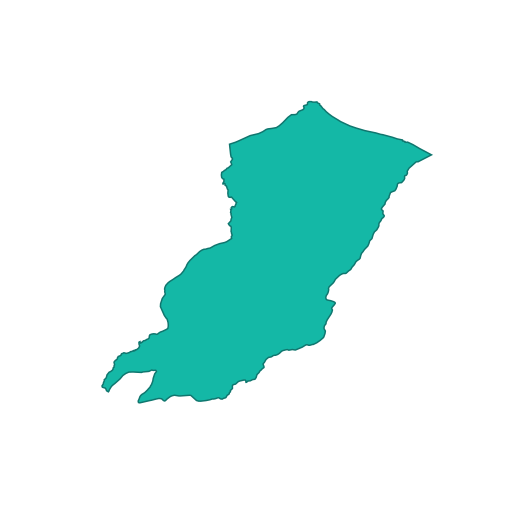 outline of Zumalai, Cova Lima, East Timor, rotated 234°
{"feature_id": "22284137B47375840688188", "entity_name": "Zumalai", "entity_type": "district", "adm_level": 2, "iso_a3": "TLS", "parent_name": "East Timor", "parent_adm1": "Cova Lima", "projection": "equal_earth", "projection_center": [125.45, -9.134], "detail": "fine", "context": "isolated", "style": "filled", "palette": "teal", "viewbox_px": 512, "rotation_deg": 234, "n_neighbors": 0, "source": "geoboundaries", "source_scale": "gbopen_adm2", "svg_char_len": 6077}
<svg xmlns="http://www.w3.org/2000/svg" viewBox="0 0 512 512"><g transform="rotate(234 256 256)"><path d="M232.9,56.7L233.1,57.5L234.0,58.8L234.6,60.2L235.5,62.5L235.8,65.1L235.8,66.6L236.5,73.8L237.6,78.1L237.5,81.8L236.8,84.9L234.5,88.3L229.2,94.8L228.6,96.5L225.6,101.5L225.0,104.7L223.9,105.5L222.6,107.6L222.2,107.8L221.1,107.6L220.2,104.8L217.5,101.0L215.5,99.0L213.5,96.0L212.8,94.2L212.2,93.2L211.8,91.0L211.4,89.5L210.9,86.2L210.9,84.6L211.1,82.3L210.9,80.7L210.4,79.4L208.7,76.9L208.3,76.0L207.7,75.3L206.5,74.8L205.5,75.7L201.8,84.4L200.8,86.6L198.9,91.4L197.8,93.8L196.0,95.7L193.4,96.2L192.3,97.0L192.3,98.2L192.6,100.1L192.7,103.5L192.4,105.5L191.4,108.1L188.0,111.5L187.3,112.5L182.2,120.7L181.4,121.4L174.1,122.9L172.3,124.3L171.1,125.9L168.4,130.7L166.8,134.2L166.0,136.6L165.2,137.7L164.4,139.4L163.8,141.5L163.4,142.3L162.9,142.8L161.3,143.3L160.1,144.5L159.9,146.2L159.3,147.7L159.2,148.5L160.3,150.9L160.1,152.4L160.3,153.4L161.0,154.0L161.2,155.5L162.3,156.3L162.4,158.0L162.8,159.2L164.6,160.4L165.2,161.1L165.2,162.2L164.4,164.2L164.8,167.7L164.5,169.2L162.8,173.2L162.3,173.9L161.8,174.4L160.8,174.4L160.0,173.7L159.6,173.7L159.4,174.3L159.6,175.6L159.2,176.7L158.4,178.0L158.0,180.6L157.0,182.5L157.0,183.1L157.7,184.8L159.5,187.1L159.9,189.8L160.8,192.0L160.7,193.0L161.1,194.9L161.1,196.8L161.4,197.2L162.1,197.5L164.4,198.2L164.7,198.7L165.0,200.2L166.4,203.3L166.6,206.6L165.5,208.8L165.3,210.0L165.4,211.0L164.9,212.5L164.2,213.5L163.6,215.7L163.5,217.7L163.9,220.7L163.7,222.1L162.5,225.2L161.8,226.4L160.5,227.2L159.0,230.4L156.9,232.5L156.7,233.0L155.1,239.8L154.8,243.8L154.3,245.1L153.0,246.0L152.2,247.0L151.2,249.8L150.8,250.3L150.1,254.1L150.0,258.2L150.3,262.1L150.6,263.2L152.7,266.2L154.5,268.0L157.0,268.3L157.7,268.6L158.6,269.5L159.4,270.5L160.0,272.7L161.4,274.0L162.6,276.3L165.0,282.6L166.0,284.4L167.4,286.1L168.9,286.3L169.7,287.2L170.5,290.7L171.1,292.2L171.4,292.5L172.3,292.5L173.5,291.9L175.9,290.2L178.6,287.7L179.9,287.4L181.2,287.9L182.1,288.8L182.8,289.9L183.4,291.7L184.6,293.5L186.0,295.0L187.2,295.6L188.1,297.1L188.8,302.5L189.3,304.1L190.5,306.6L191.2,312.1L191.1,314.1L190.7,316.1L189.3,318.1L189.1,318.9L189.5,322.2L189.4,324.4L189.7,325.5L190.4,326.8L191.2,330.4L192.6,333.4L192.8,335.2L192.7,337.8L193.0,338.9L194.8,341.0L196.1,342.9L196.6,345.0L197.5,347.5L198.3,352.2L199.6,354.5L201.5,357.0L201.9,360.0L204.7,363.6L205.9,366.0L206.2,369.1L207.7,372.4L208.3,373.2L209.9,374.4L210.5,375.5L211.1,377.7L212.3,379.9L212.3,381.1L212.6,382.7L213.2,383.4L215.5,383.5L216.1,383.8L217.5,385.1L218.0,385.3L219.4,384.9L219.8,384.9L220.5,385.3L221.2,386.6L222.2,390.9L223.3,391.9L224.3,394.0L224.7,396.5L225.1,398.0L226.0,398.7L228.1,401.8L228.2,402.5L228.0,403.7L227.2,406.6L227.7,408.3L229.4,411.1L230.9,412.6L231.2,413.2L231.2,414.2L230.8,415.2L229.8,416.9L230.4,420.0L231.3,421.8L233.1,423.0L233.5,423.7L233.0,424.8L233.2,425.9L234.1,427.3L235.5,428.0L235.8,428.4L237.1,431.5L238.0,440.6L237.8,441.5L237.0,442.4L234.7,457.4L247.0,451.4L253.9,448.4L259.0,445.6L259.8,444.2L260.5,443.5L260.8,443.8L261.1,443.8L262.0,443.0L262.9,442.6L263.0,442.3L263.8,442.7L267.7,439.1L271.8,436.2L279.6,429.9L281.2,428.3L285.1,425.3L293.4,417.8L300.4,412.4L306.2,408.3L314.9,403.5L324.3,399.6L327.9,398.5L331.5,397.6L334.4,397.3L335.8,396.8L339.5,396.7L340.6,396.3L341.7,396.9L343.7,395.8L344.4,395.7L344.7,395.9L345.3,395.2L345.6,394.4L347.2,392.3L348.4,391.5L349.5,390.0L349.8,389.4L349.9,388.5L349.8,387.9L348.4,386.7L348.4,386.1L349.4,383.4L349.4,382.8L349.1,382.4L347.8,382.1L347.0,381.3L346.8,379.9L347.8,376.1L347.7,375.0L346.8,372.3L347.5,370.6L349.5,367.7L349.4,363.2L348.1,355.9L347.7,351.1L347.9,347.9L349.9,343.8L351.8,340.4L352.4,338.6L352.6,334.5L353.5,330.0L356.8,322.1L359.3,309.7L360.1,306.2L362.0,300.3L353.3,295.3L351.0,294.2L350.0,294.1L349.1,294.4L348.1,293.8L347.0,290.8L345.6,290.6L344.1,290.0L343.6,285.2L344.0,284.3L343.5,282.2L343.8,280.8L343.6,279.3L343.8,277.4L341.9,275.6L339.9,274.5L338.9,274.4L337.8,274.6L337.0,275.2L335.1,273.8L334.4,272.1L333.8,271.6L333.4,272.0L333.1,273.3L332.5,273.4L331.3,272.6L330.0,273.2L326.9,272.2L325.9,272.3L323.3,270.1L320.7,268.7L319.9,268.6L319.3,268.9L318.6,269.6L318.3,270.5L318.0,270.8L312.5,271.3L311.4,271.7L310.6,271.7L310.6,271.0L309.7,270.4L309.2,269.0L308.4,268.2L308.4,267.3L309.7,266.2L309.9,265.5L309.6,264.4L308.8,264.3L308.3,263.8L308.7,262.9L307.7,262.6L306.0,260.9L305.0,260.9L304.5,260.3L301.4,259.1L300.3,257.4L299.2,256.4L298.4,252.6L296.1,252.5L294.9,253.1L293.6,252.8L290.4,250.2L289.7,250.1L288.9,249.6L287.0,249.0L286.6,248.7L286.3,247.6L285.9,247.2L284.5,246.6L284.8,240.7L285.4,238.4L287.4,233.8L288.8,228.7L289.4,223.5L290.4,221.5L291.1,219.3L292.1,217.7L292.6,215.6L292.7,213.0L292.1,208.6L292.2,206.7L291.2,199.9L290.4,196.9L289.3,194.5L288.6,193.6L287.6,191.3L287.2,190.0L286.5,188.8L285.5,184.8L285.4,182.9L285.8,178.0L285.8,175.7L286.1,171.1L286.0,169.1L285.3,165.9L284.2,164.0L283.0,162.6L281.6,162.0L280.7,161.1L279.1,160.5L278.3,160.0L276.7,155.2L273.5,150.8L271.2,148.9L261.8,146.9L258.5,146.8L257.3,147.0L256.1,146.6L253.7,145.7L251.8,144.5L250.6,143.6L249.3,142.2L249.2,141.1L249.3,140.1L250.0,136.2L250.7,133.9L250.8,131.7L250.7,130.3L251.2,129.4L252.3,128.6L253.4,127.2L254.2,125.5L254.6,123.9L254.0,122.7L252.6,121.6L252.3,120.1L252.8,118.1L252.7,116.9L253.5,115.1L253.2,113.2L253.5,112.2L253.3,112.0L253.4,111.4L254.0,111.2L254.9,111.8L255.1,110.9L254.8,110.4L253.3,109.5L251.7,109.0L251.3,108.5L250.5,106.9L250.4,104.4L251.0,103.1L250.6,102.9L250.8,101.8L251.0,101.3L251.4,101.4L251.8,99.3L252.4,98.2L252.3,96.9L253.1,94.6L253.7,93.4L254.4,93.1L255.4,92.2L255.5,91.2L255.9,90.0L255.7,89.1L255.4,88.9L255.0,88.1L255.7,85.4L255.2,84.7L255.2,84.3L254.3,83.4L254.1,82.1L254.2,80.9L253.7,79.0L253.5,78.7L251.2,77.7L250.5,76.5L249.5,75.9L249.5,75.0L249.3,74.5L248.4,73.8L248.0,72.4L248.0,70.6L248.3,68.8L247.4,65.6L246.0,63.9L245.3,62.7L245.1,60.5L244.1,59.9L243.4,58.4L242.1,57.0L241.9,56.1L241.4,55.5L241.4,55.0L240.1,54.6L237.7,56.4L236.7,56.4L234.8,55.9L232.9,56.7Z" fill="#14b8a6" stroke="#0f766e" stroke-width="1.5"/></g></svg>